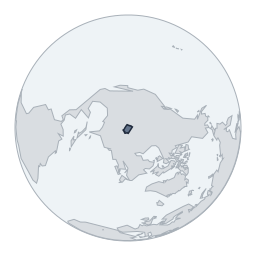 Iowa highlighted on a globe, orthographic projection, rotated 123°
{"feature_id": "USA-3529", "entity_name": "Iowa", "entity_type": "State", "adm_level": 1, "iso_a3": "USA", "parent_name": "United States of America", "parent_adm1": "", "projection": "orthographic", "projection_center": [-94.248, 41.94], "detail": "fine", "context": "on_globe", "style": "filled", "palette": "slate", "viewbox_px": 256, "rotation_deg": 123, "n_neighbors": 0, "source": "natural_earth", "source_scale": "10m", "svg_char_len": 10392}
<svg xmlns="http://www.w3.org/2000/svg" viewBox="0 0 256 256"><g transform="rotate(123 128 128)"><circle cx="128" cy="128" r="113" fill="#eef3f6" stroke="#a8b0b8"/><path d="M152.9,237.9L158.5,236.2L156.0,237.0L159.7,234.7L164.9,231.5L171.3,221.0L169.6,219.3L162.1,218.4L153.2,209.9L156.1,204.7L153.9,202.8L161.1,194.2L158.8,187.5L156.2,186.9L153.8,190.1L144.6,186.9L140.9,181.5L110.8,172.3L107.4,168.8L106.8,163.5L94.4,143.8L100.9,161.8L96.5,158.0L92.6,151.3L94.3,150.1L91.0,140.4L86.8,135.9L84.9,123.4L90.0,108.8L91.6,111.7L92.6,108.1L90.6,104.4L89.1,102.8L89.9,87.4L84.3,76.9L79.3,76.8L82.9,74.5L71.3,76.9L66.2,74.5L74.0,75.3L76.3,74.0L73.8,71.3L75.7,69.4L75.5,67.1L78.0,65.2L82.3,66.1L84.0,65.0L82.1,63.1L83.4,60.3L85.9,63.1L88.4,58.5L96.1,59.8L100.7,69.9L107.0,69.9L117.1,78.7L118.1,76.6L122.6,78.9L125.5,77.4L126.6,79.8L128.0,76.6L126.5,74.8L126.6,72.9L128.2,72.0L129.8,74.7L129.3,75.5L130.5,75.8L130.7,77.6L131.5,76.2L133.2,79.7L133.9,74.9L137.2,76.6L137.8,79.4L134.6,80.8L128.0,91.4L127.6,95.0L130.1,98.5L141.4,101.3L142.1,104.9L145.5,108.4L146.5,105.5L144.2,101.8L146.9,97.7L143.8,93.9L144.5,91.7L142.5,87.4L146.2,86.4L150.7,87.8L152.5,91.4L154.6,92.2L155.6,87.6L161.5,93.5L169.9,96.1L171.1,98.0L168.5,103.4L161.7,106.2L158.3,114.3L163.9,107.5L166.7,112.7L168.6,113.0L170.4,111.9L170.6,109.4L172.3,111.0L167.4,118.1L165.8,116.7L167.4,114.4L164.2,115.9L160.9,121.1L162.6,123.6L155.9,129.7L157.0,131.7L156.2,134.2L154.8,130.7L157.1,137.4L149.5,146.9L152.4,158.4L145.9,150.3L141.3,149.9L135.9,150.8L136.3,152.7L128.7,151.9L122.6,156.2L121.4,165.5L124.9,172.2L133.3,172.0L135.3,168.1L141.1,166.7L138.0,177.2L148.4,177.3L148.0,184.5L151.2,187.6L156.1,185.8L161.3,186.4L164.6,181.6L170.1,177.9L170.7,183.4L173.3,177.4L176.6,179.1L187.2,174.9L186.6,176.5L195.6,179.0L204.5,176.8L206.6,179.3L205.6,182.2L208.5,181.0L208.5,182.4L219.3,176.1L224.1,174.6L223.5,179.3L218.5,188.4L211.8,201.0L202.2,210.2L198.3,214.6L188.3,222.6L182.7,225.4L182.8,226.1L178.4,228.5L174.4,230.3L172.4,231.4L169.3,232.6L170.5,232.3L166.5,233.8L152.9,237.9ZM34.4,134.9L35.0,132.6L35.5,134.9L34.4,134.9ZM34.8,130.6L34.7,131.5L34.7,130.6L34.8,130.6ZM34.4,129.5L34.7,130.3L34.3,129.6L34.4,129.5ZM33.8,128.4L34.2,128.9L34.1,129.0L33.8,128.4ZM152.4,162.4L164.3,165.3L158.1,167.4L159.2,166.2L156.0,164.6L150.4,163.6L144.8,165.7L152.4,162.4ZM33.1,126.1L33.0,125.4L33.4,125.6L33.1,126.1ZM156.5,155.1L154.5,155.1L156.4,154.6L156.5,155.1ZM88.1,102.5L90.4,104.5L91.5,108.7L89.4,107.2L88.1,102.5ZM86.2,94.9L87.8,95.1L86.5,98.7L86.0,97.4L86.2,94.9ZM75.3,77.4L76.9,78.7L74.7,78.1L75.3,77.4ZM75.1,67.1L74.1,67.4L74.4,66.1L75.1,67.1ZM140.7,88.3L141.6,87.9L141.5,88.9L140.7,88.3ZM139.0,86.9L138.2,88.4L137.3,88.0L137.8,87.1L139.0,86.9ZM78.5,62.1L79.4,60.0L79.2,62.2L78.5,62.1ZM140.2,85.2L135.7,87.0L134.1,86.3L134.7,82.2L140.2,85.2ZM80.4,59.0L82.6,54.3L80.5,54.4L87.7,51.8L83.5,56.5L83.6,59.1L82.2,58.2L80.4,59.0ZM125.4,74.7L127.0,76.6L124.2,75.9L125.4,74.7ZM123.5,74.8L114.5,76.1L112.9,73.0L116.2,73.1L112.9,70.1L116.4,67.9L119.1,69.1L119.5,71.5L120.5,68.9L123.5,74.8ZM91.3,51.2L92.5,50.3L92.1,51.5L91.3,51.2ZM126.5,72.1L124.8,72.6L123.2,69.9L126.3,68.6L125.8,69.9L126.5,72.1ZM110.2,70.4L109.6,68.3L112.3,66.0L112.4,64.9L116.4,67.6L110.2,70.4ZM127.0,70.0L127.9,68.0L130.0,68.4L128.0,71.5L127.0,70.0ZM121.6,69.9L121.0,68.6L122.3,68.8L121.6,69.9ZM138.3,69.1L136.3,69.5L135.3,68.1L138.3,69.1ZM128.0,67.2L127.3,67.1L126.7,66.7L127.7,65.5L128.0,67.2ZM118.0,65.9L119.3,65.4L116.6,64.6L118.5,63.0L120.8,65.1L120.6,63.5L121.2,63.0L122.4,65.4L118.0,65.9ZM126.9,63.0L130.5,65.5L134.3,64.9L135.3,66.1L128.9,66.8L126.9,63.0ZM124.2,64.2L126.1,63.7L126.3,65.3L125.2,66.6L124.2,64.2ZM119.0,61.1L115.4,63.0L115.1,62.5L119.0,61.1ZM128.0,62.5L127.1,61.9L128.2,62.3L128.0,62.5ZM121.7,61.1L120.5,61.9L120.1,61.2L121.7,61.1ZM126.3,60.3L127.5,61.0L126.7,61.9L126.3,60.3ZM124.2,60.4L123.9,59.4L125.8,61.8L123.7,60.8L124.2,60.4ZM121.5,60.4L120.9,60.3L122.1,60.2L121.5,60.4ZM128.5,56.6L131.1,59.4L129.4,61.3L127.2,58.3L128.5,56.6ZM198.3,40.0L196.8,38.8L204.7,46.1L203.0,45.3L194.2,37.7L186.8,32.0L185.9,31.6L187.9,33.8L183.6,31.4L188.3,34.6L188.4,34.1L191.3,36.2L191.5,36.8L189.9,35.8L191.4,37.5L198.4,42.0L199.2,42.0L204.7,47.9L206.5,48.6L209.0,51.0L206.7,50.8L204.9,49.6L203.0,52.3L205.4,54.0L207.4,51.7L208.0,53.0L211.2,55.8L209.2,54.7L206.4,57.2L209.6,63.7L218.3,75.7L219.2,80.0L217.8,82.6L210.0,75.8L208.9,67.1L206.1,64.9L202.4,65.4L202.3,62.8L200.7,62.1L199.9,59.0L194.8,54.0L193.4,51.0L187.6,48.6L186.1,46.9L190.0,48.7L191.9,48.6L187.9,42.1L186.0,40.7L182.6,39.7L181.9,38.2L179.1,38.2L175.0,34.7L177.7,39.0L173.7,38.5L169.2,36.3L168.4,37.0L175.8,40.5L178.3,41.3L179.7,40.7L187.0,44.0L189.2,46.4L183.4,46.2L185.8,49.7L180.2,48.4L163.7,39.0L158.7,35.7L158.4,30.1L161.7,30.7L163.5,32.9L165.3,30.9L163.5,31.0L162.9,29.9L159.0,29.4L158.5,28.7L155.7,29.7L154.6,28.7L156.3,28.0L149.6,26.8L146.2,25.1L144.9,25.2L144.5,25.9L140.5,23.4L139.7,23.7L140.8,24.5L140.0,25.6L137.0,26.7L135.7,25.8L136.6,25.3L136.7,23.0L139.3,22.0L138.5,21.8L135.9,22.4L135.8,25.2L134.4,26.1L133.9,24.7L134.0,25.3L132.9,25.5L130.6,24.9L130.9,26.5L120.3,30.9L114.9,30.6L115.7,28.6L107.0,31.6L101.5,31.5L102.5,32.2L99.0,34.5L100.7,34.6L100.9,35.1L92.6,41.7L89.8,42.8L87.3,47.0L87.8,47.5L89.8,46.9L87.7,51.8L80.5,54.4L79.7,53.2L75.7,55.9L74.6,53.0L71.7,52.0L72.7,47.5L70.4,47.3L69.1,48.5L65.0,49.3L61.0,47.5L69.9,43.9L77.1,46.9L74.7,45.1L76.9,44.1L77.1,42.7L75.2,41.7L74.0,42.4L79.7,34.7L78.6,31.3L74.6,34.3L71.1,35.7L66.3,35.7L70.3,31.3L70.2,31.3L77.2,27.5L84.5,24.1L92.0,21.3L99.7,19.0L107.6,17.2L115.5,16.1L123.5,15.4L131.6,15.4L139.6,16.0L147.6,17.1L155.4,18.7L163.1,21.0L170.7,23.8L178.0,27.1L185.1,30.9L191.9,35.2L198.3,40.0ZM239.5,112.2L240.1,126.5L238.9,127.7L234.0,123.5L232.8,116.7L230.0,112.2L219.4,80.8L220.0,77.5L215.0,62.9L214.9,61.8L218.6,65.6L217.3,60.0L213.2,55.0L209.2,50.0L215.1,56.6L220.4,63.6L225.1,71.0L229.3,78.7L232.8,86.7L235.7,95.0L237.9,103.5L239.5,112.2ZM226.4,92.7L227.5,94.2L226.4,92.7ZM174.4,25.4L174.7,25.6L170.8,23.9L169.6,23.5L171.5,24.4L178.5,27.5L178.1,27.1L174.4,25.4ZM187.6,174.7L188.9,175.2L187.3,176.0L187.6,174.7ZM157.5,170.1L159.9,169.7L161.2,170.4L159.4,171.1L157.5,170.1ZM176.7,164.9L179.3,164.5L176.8,166.0L176.7,164.9ZM166.1,165.5L174.7,165.4L169.7,168.8L164.2,168.9L167.8,167.4L166.1,165.5ZM156.0,159.0L157.5,159.2L157.2,160.4L156.0,159.0ZM157.9,154.8L157.3,155.0L156.4,154.2L157.9,154.8ZM167.0,112.3L167.4,111.7L169.4,111.2L168.8,112.4L167.0,112.3ZM176.4,103.2L178.9,106.0L176.7,104.7L176.3,106.9L171.1,107.3L171.4,98.9L172.2,102.6L176.4,103.2ZM164.3,105.8L167.6,106.3L164.0,106.1L164.3,105.8ZM192.3,61.8L193.3,60.8L195.5,62.4L197.3,66.8L194.1,64.5L192.3,61.8ZM194.2,59.2L188.0,58.2L186.6,55.6L188.4,57.2L188.2,55.6L191.0,57.7L195.8,56.6L198.1,57.9L200.1,65.0L198.2,61.8L197.4,62.8L194.2,59.2ZM174.4,62.2L171.7,62.4L172.3,56.5L174.7,57.1L176.7,61.4L174.9,63.2L174.4,62.2ZM142.1,77.9L141.0,78.8L140.6,78.0L141.1,76.6L142.1,77.9ZM137.4,69.4L146.3,73.5L145.6,74.6L151.7,75.9L152.0,79.5L148.0,78.5L152.9,82.4L149.4,82.9L152.9,85.3L144.0,82.6L141.1,83.4L144.2,81.1L144.0,77.7L143.0,76.5L138.1,73.8L131.7,74.2L130.4,71.1L131.2,68.9L132.6,68.3L133.0,70.4L134.5,68.2L136.1,70.8L137.4,69.4ZM141.7,47.6L141.5,49.7L144.9,46.8L146.5,48.9L146.8,48.5L149.2,49.7L152.6,50.5L152.9,51.7L154.1,51.5L155.7,52.5L157.4,52.7L158.5,54.9L160.8,55.4L160.0,56.2L163.6,56.4L161.4,57.3L163.3,58.7L164.4,57.2L166.1,70.0L168.4,75.1L171.6,79.1L167.4,80.3L161.9,77.5L156.2,73.0L154.5,68.1L153.0,69.7L151.7,67.8L153.5,67.3L150.0,67.0L149.5,65.4L144.4,62.2L139.8,63.0L137.8,62.0L139.4,60.8L136.3,60.6L137.9,57.8L136.5,57.0L136.7,53.7L140.5,52.2L138.7,51.4L138.7,49.0L141.7,47.6ZM128.7,55.7L132.8,53.1L135.7,53.1L134.2,59.0L135.2,60.1L134.4,64.1L130.2,64.1L130.8,62.9L130.5,61.8L131.9,62.2L130.5,61.0L131.3,59.4L130.4,58.1L132.0,57.6L128.7,55.7ZM212.8,59.1L212.4,58.1L211.3,56.1L213.3,58.0L212.8,59.1ZM211.1,60.9L210.4,59.6L212.8,61.0L213.2,62.3L211.1,60.9ZM208.0,57.9L210.2,59.4L209.3,59.3L208.0,57.9ZM189.1,47.7L188.2,46.4L188.9,46.5L190.3,47.3L189.1,47.7ZM151.9,40.2L151.4,41.2L150.6,40.9L147.6,42.1L146.1,40.8L147.4,39.5L151.9,40.2ZM199.3,40.8L201.9,43.0L202.1,43.2L201.2,42.4L199.3,40.8ZM208.8,50.5L207.6,48.7L209.4,51.0L208.8,50.5ZM149.9,38.9L148.8,39.5L148.7,38.4L149.9,38.9ZM144.9,39.8L144.6,38.6L145.6,40.7L144.9,39.8ZM136.1,29.5L142.0,29.2L145.2,28.5L145.6,27.0L147.6,29.1L142.6,30.3L136.1,29.5ZM122.4,30.8L122.1,32.3L120.6,32.0L120.4,31.6L122.4,30.8ZM123.4,31.5L126.2,32.8L125.0,33.9L123.0,32.6L123.4,31.5ZM138.2,35.3L140.1,35.2L140.1,36.0L138.2,35.3ZM57.9,39.9L58.4,39.5L56.7,41.1L58.7,40.0L58.2,40.7L55.5,42.5L53.0,44.0L55.8,41.5L57.9,39.9ZM59.6,39.5L62.4,38.9L58.6,42.1L57.1,43.0L57.5,41.8L59.5,40.1L59.6,39.5ZM62.0,39.8L64.0,38.2L72.2,35.6L73.0,36.0L64.7,39.3L66.1,38.0L64.8,38.2L62.0,39.8ZM91.6,50.0L92.4,50.3L91.1,50.7L91.6,50.0ZM101.9,35.1L101.9,35.9L100.5,36.2L101.9,35.1ZM101.3,38.4L102.9,37.5L101.7,38.8L101.3,38.4ZM106.5,35.4L103.8,37.3L105.7,35.0L106.5,35.4Z" fill="#d9dde1" stroke="#a8b0b8" stroke-width="1"/><path d="M124.7,125.3L124.7,125.2L124.7,124.9L124.9,124.9L125.3,124.9L125.8,124.9L126.2,124.9L126.7,124.9L127.2,124.9L127.6,124.9L128.6,124.9L129.0,124.9L129.5,124.9L130.0,124.9L130.4,124.9L130.9,124.9L131.3,124.9L131.8,124.9L132.3,124.9L132.3,125.0L132.5,125.2L132.5,125.3L132.4,125.5L132.4,125.8L132.5,125.8L132.5,126.0L132.6,126.3L133.0,126.5L133.2,126.8L133.3,126.9L133.5,127.0L133.6,127.3L133.8,127.4L133.9,127.5L134.0,127.6L134.0,127.8L134.0,128.0L133.9,128.1L133.8,128.3L133.7,128.3L133.7,128.5L133.4,128.7L133.3,128.8L133.2,128.9L132.8,128.9L132.7,128.9L132.7,129.0L132.7,129.3L132.8,129.5L132.9,129.8L132.7,130.0L132.7,130.3L132.5,130.5L132.4,130.5L132.2,130.6L132.3,130.7L132.3,130.8L132.3,131.0L132.2,131.0L132.1,130.9L131.9,130.8L131.9,130.7L131.6,130.6L131.4,130.6L130.8,130.6L130.6,130.6L130.3,130.6L129.7,130.7L129.4,130.7L129.2,130.7L128.9,130.7L128.7,130.7L128.3,130.7L128.2,130.7L127.8,130.7L127.7,130.7L127.2,130.7L126.8,130.7L126.7,130.7L126.3,130.6L126.2,130.6L125.9,130.6L125.7,130.6L125.6,130.4L125.6,130.2L125.6,129.9L125.6,129.7L125.5,129.4L125.6,129.2L125.5,128.9L125.4,128.9L125.4,128.7L125.4,128.8L125.3,128.7L125.3,128.4L125.3,128.2L125.2,128.1L125.2,127.9L125.1,127.7L124.9,127.5L124.9,127.4L125.0,127.4L124.9,127.2L124.9,126.9L124.8,126.7L124.7,126.7L124.6,126.4L124.6,126.2L124.7,125.9L124.8,125.9L124.8,125.7L124.8,125.4L124.7,125.4L124.7,125.3Z" fill="#64748b" stroke="#1e293b" stroke-width="1.5"/></g></svg>